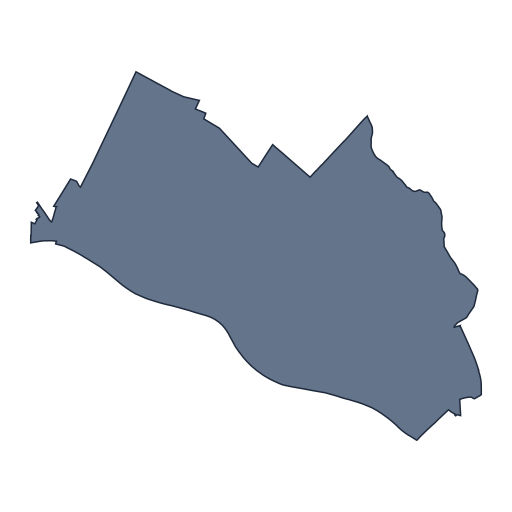 Rhenen, Utrecht, Netherlands
{"feature_id": "6326949B30016596145373", "entity_name": "Rhenen", "entity_type": "district", "adm_level": 2, "iso_a3": "NLD", "parent_name": "Netherlands", "parent_adm1": "Utrecht", "projection": "orthographic", "projection_center": [5.564, 51.981], "detail": "fine", "context": "isolated", "style": "filled", "palette": "slate", "viewbox_px": 512, "rotation_deg": 0, "n_neighbors": 0, "source": "geoboundaries", "source_scale": "gbopen_adm2", "svg_char_len": 5921}
<svg xmlns="http://www.w3.org/2000/svg" viewBox="0 0 512 512"><path d="M357.3,402.1L362.4,403.8L366.3,405.4L371.9,407.7L377.1,410.6L382.3,414.0L389.0,418.9L391.3,420.8L395.7,424.6L398.7,427.6L401.7,430.3L405.1,432.9L408.3,435.1L410.5,436.3L416.5,440.1L416.9,440.2L418.8,438.2L420.7,436.1L426.1,430.9L428.4,428.7L432.6,424.8L434.7,423.0L438.7,419.0L448.5,409.8L449.8,410.8L450.7,411.6L452.0,412.4L455.2,414.2L454.7,414.8L455.6,415.8L457.3,414.7L459.1,415.2L460.6,415.6L460.5,412.8L459.7,399.3L460.6,399.1L461.0,399.0L462.4,398.5L463.0,398.3L463.8,398.1L466.6,397.5L469.2,397.1L469.6,397.1L470.2,397.1L471.7,397.3L473.4,398.4L473.9,398.6L474.2,398.7L474.4,398.7L474.6,398.7L474.9,398.5L478.0,396.7L480.0,395.6L480.8,395.1L481.0,394.9L481.2,394.6L481.3,394.5L481.3,394.0L481.3,391.8L481.3,389.6L481.3,387.3L481.2,384.2L481.1,382.3L480.9,380.3L480.8,380.0L480.7,379.1L480.4,377.7L479.9,375.4L479.6,374.3L479.3,373.2L479.1,372.6L478.5,370.8L478.7,370.7L478.8,370.6L477.0,365.1L476.0,362.3L475.0,359.3L474.2,357.4L472.7,353.9L469.1,345.7L468.7,344.7L460.4,326.4L460.0,326.5L460.0,326.4L459.6,326.3L460.0,325.6L454.2,327.2L454.2,326.9L454.4,326.3L454.6,325.8L454.8,325.5L455.1,325.2L457.8,322.5L458.2,322.3L464.1,319.0L465.8,318.0L466.3,317.7L466.5,317.5L467.0,316.9L467.2,316.6L468.5,314.3L469.5,312.9L473.8,306.7L473.9,306.4L474.1,305.8L474.7,303.5L475.1,302.0L475.3,301.2L476.0,297.9L476.7,294.5L477.0,293.6L477.3,292.1L477.4,291.8L477.7,291.1L477.8,290.8L477.8,290.5L477.7,289.8L477.4,289.3L477.4,289.2L477.4,288.9L477.0,288.5L476.6,288.1L474.1,285.1L471.7,282.7L468.7,279.6L466.0,276.9L464.9,276.0L464.4,275.7L463.9,275.3L463.2,274.9L462.5,274.6L461.1,273.9L460.4,273.6L460.0,273.4L459.8,273.1L459.6,272.9L459.4,272.5L458.8,271.2L458.4,270.3L457.4,268.0L456.3,265.8L455.5,264.2L454.8,263.2L454.3,262.4L452.3,259.8L450.6,257.7L450.4,257.4L447.6,252.4L446.0,249.7L445.0,248.0L444.3,246.9L444.3,246.7L444.2,246.5L444.2,246.3L444.0,242.5L443.8,239.5L443.8,239.1L443.9,238.2L444.2,237.7L444.3,237.3L444.4,237.1L444.8,236.1L444.8,235.8L444.8,234.7L444.5,233.1L444.1,232.5L443.9,232.2L443.6,231.8L442.6,230.7L442.4,230.3L442.1,228.9L441.9,227.6L441.8,226.9L441.6,223.7L441.6,223.1L441.9,219.6L442.0,217.1L442.0,216.6L441.5,214.0L441.2,212.9L441.0,211.2L440.8,210.6L440.8,210.3L440.5,209.5L439.0,207.3L435.7,202.8L435.4,202.5L433.9,201.3L433.6,200.9L433.0,199.7L432.8,199.2L432.4,198.5L431.8,197.4L429.7,194.2L428.9,193.1L427.6,192.2L424.9,192.3L424.2,192.2L423.7,192.1L423.4,191.9L422.3,191.3L420.7,190.3L420.1,190.0L419.2,189.9L417.8,190.5L417.0,190.8L415.5,191.4L414.2,191.3L412.4,190.8L411.1,189.7L409.5,188.3L409.0,188.1L408.2,187.7L407.7,187.5L407.3,187.4L406.5,186.7L405.9,185.9L405.5,185.1L404.1,183.5L401.8,180.6L399.5,178.7L397.4,177.5L397.2,177.3L396.8,177.0L396.6,176.7L394.8,174.2L394.0,173.1L393.8,172.8L393.7,172.6L392.4,171.0L392.2,170.8L392.3,170.8L390.6,169.5L390.4,169.3L390.0,168.8L389.7,168.1L388.8,166.5L388.7,166.3L388.5,166.2L386.7,164.7L385.6,163.9L382.5,161.7L380.6,160.2L379.8,159.8L379.0,159.3L378.0,158.7L377.7,158.5L376.3,157.2L375.6,156.5L374.8,155.5L374.8,155.1L374.6,155.0L374.5,154.9L373.8,153.5L373.1,152.2L371.8,149.3L371.6,148.5L371.2,147.5L371.2,146.9L371.1,145.7L371.1,144.3L371.2,143.3L371.2,142.7L371.2,142.1L371.1,140.3L371.3,138.3L371.2,138.3L371.3,137.6L371.4,137.2L371.5,136.8L371.6,136.4L372.1,134.8L372.3,134.2L372.4,133.5L372.5,132.3L372.5,131.6L372.5,130.8L372.4,129.8L372.3,128.2L372.1,127.0L372.0,126.7L371.2,124.6L369.9,122.1L368.6,119.1L367.3,116.4L367.3,116.1L366.6,116.7L366.5,116.8L364.2,119.0L360.7,122.8L344.7,140.7L344.4,140.8L332.6,153.3L329.1,157.1L328.0,158.3L325.9,160.5L325.4,161.0L321.9,164.9L321.5,165.0L320.0,166.6L319.1,167.7L318.7,168.0L316.5,170.5L315.9,170.8L310.1,177.2L292.2,161.6L282.0,152.7L280.7,151.6L274.9,146.6L272.7,144.6L271.8,145.9L270.8,147.5L269.6,149.3L269.3,149.7L258.2,167.0L251.8,163.3L219.4,128.2L203.8,118.9L205.8,113.2L195.4,109.0L198.7,101.8L199.4,100.4L196.6,99.8L188.1,97.8L183.8,96.8L182.0,96.0L172.2,91.5L165.6,87.8L161.6,85.7L158.8,84.1L158.6,84.1L136.0,71.8L134.1,75.9L128.2,88.5L125.6,94.0L118.4,109.2L115.7,114.9L111.5,123.7L110.6,125.7L108.2,130.6L105.6,136.1L102.3,143.0L92.9,162.8L85.4,177.5L80.5,187.1L80.1,186.7L79.3,186.3L79.1,185.9L77.3,182.6L76.6,181.3L74.5,180.5L70.6,179.0L69.0,181.6L67.2,184.5L65.6,187.1L63.9,189.9L60.6,195.2L57.9,199.5L55.6,203.3L53.7,206.3L56.1,206.8L55.9,206.9L56.1,207.1L56.0,207.6L55.7,208.6L54.9,211.5L54.7,212.0L54.5,212.5L54.4,213.2L53.1,217.8L52.1,220.8L51.8,221.6L51.7,221.9L51.6,222.0L50.4,221.0L49.2,219.5L44.6,212.6L41.4,208.2L41.2,207.8L37.4,202.2L36.7,202.7L37.8,204.4L38.7,205.7L38.0,206.6L36.5,208.8L35.3,210.4L36.8,212.0L37.1,212.3L36.8,212.7L38.8,214.3L38.1,215.2L39.7,216.6L39.4,217.2L39.0,217.4L38.1,218.1L37.9,218.0L37.2,218.3L36.2,219.3L37.0,219.9L35.3,222.9L34.8,223.8L31.3,222.3L31.3,225.1L31.2,229.6L31.1,235.4L30.8,235.4L30.8,236.1L30.7,238.0L30.7,242.9L34.5,242.2L37.1,241.8L41.1,241.1L42.3,240.9L42.6,240.9L44.8,240.8L47.2,240.8L49.9,240.7L51.6,240.7L52.9,240.8L55.2,241.1L56.5,241.2L55.6,243.9L56.7,244.2L62.5,245.7L63.9,246.1L64.5,246.3L67.5,247.9L73.5,250.9L78.1,253.4L81.8,255.5L84.7,257.4L86.9,258.6L100.2,266.9L107.6,272.7L117.2,280.8L122.1,284.9L126.4,288.0L131.0,291.1L135.5,293.8L144.2,297.6L145.6,298.2L148.9,299.4L150.6,299.9L155.6,301.5L157.0,301.9L161.7,303.3L167.2,304.7L172.6,305.9L187.3,310.0L189.5,310.6L192.6,311.6L195.4,312.5L206.5,315.7L210.9,317.3L215.1,319.5L218.9,322.2L222.4,325.3L225.6,329.2L227.9,332.8L228.3,333.4L229.9,336.5L231.5,339.4L235.5,346.8L239.1,352.0L240.7,354.0L243.0,357.1L247.1,361.7L251.6,366.2L256.7,370.5L261.7,374.1L262.5,374.7L265.5,376.6L269.3,378.8L273.5,380.9L276.2,382.1L279.0,383.4L282.3,384.7L285.6,385.5L290.8,386.6L301.0,388.4L305.9,389.3L309.4,390.0L313.9,390.8L325.4,392.8L328.2,393.6L337.1,396.1L341.2,397.5L344.1,398.3L345.6,398.8L349.0,399.6L357.3,402.1Z" fill="#64748b" stroke="#1e293b" stroke-width="1.5"/></svg>